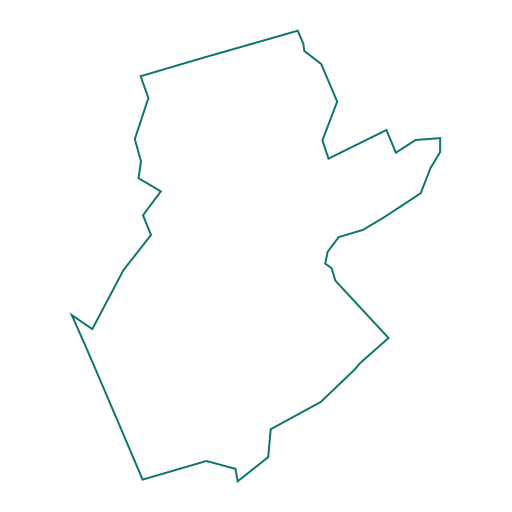 Somerset, New Jersey, United States of America (Natural Earth projection)
{"feature_id": "52423323B92804985399484", "entity_name": "Somerset", "entity_type": "district", "adm_level": 2, "iso_a3": "USA", "parent_name": "United States of America", "parent_adm1": "New Jersey", "projection": "natural_earth1", "projection_center": [-74.587, 40.566], "detail": "fine", "context": "isolated", "style": "outline", "palette": "teal", "viewbox_px": 512, "rotation_deg": 0, "n_neighbors": 0, "source": "geoboundaries", "source_scale": "gbopen_adm2", "svg_char_len": 680}
<svg xmlns="http://www.w3.org/2000/svg" viewBox="0 0 512 512"><path d="M237.7,481.3L268.2,457.1L270.7,429.2L320.7,402.0L354.5,369.7L359.9,363.3L388.5,338.0L335.3,280.6L331.6,268.2L325.2,263.6L327.7,251.7L338.7,237.1L363.1,229.8L384.4,217.1L420.7,193.2L430.5,168.1L440.1,152.1L440.2,138.1L415.5,140.0L395.9,152.7L386.4,130.0L328.5,158.6L322.4,140.4L337.2,101.6L321.2,64.0L304.3,51.0L303.3,43.6L297.7,30.7L227.5,50.8L203.3,57.7L140.6,76.2L148.4,98.0L134.8,139.1L141.0,161.2L138.5,178.2L160.8,191.4L143.0,215.3L151.0,235.0L123.4,270.2L92.3,329.1L71.8,315.1L86.2,347.6L118.2,422.2L142.6,479.6L206.3,461.0L235.5,468.9L237.7,481.3Z" fill="none" stroke="#0f766e" stroke-width="2"/></svg>